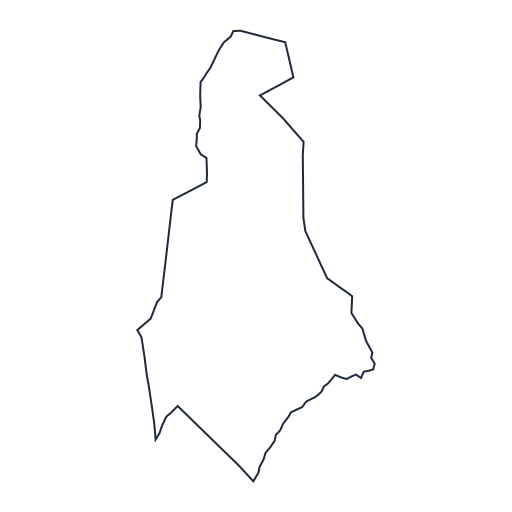 the district of Limoeiro, Pernambuco, Brazil
{"feature_id": "56859067B67992367076064", "entity_name": "Limoeiro", "entity_type": "district", "adm_level": 2, "iso_a3": "BRA", "parent_name": "Brazil", "parent_adm1": "Pernambuco", "projection": "equal_earth", "projection_center": [-35.441, -7.838], "detail": "fine", "context": "isolated", "style": "outline", "palette": "slate", "viewbox_px": 512, "rotation_deg": 0, "n_neighbors": 0, "source": "geoboundaries", "source_scale": "gbopen_adm2", "svg_char_len": 1333}
<svg xmlns="http://www.w3.org/2000/svg" viewBox="0 0 512 512"><path d="M172.8,199.8L171.4,211.0L165.3,263.8L163.6,277.6L161.3,297.1L157.0,302.2L150.7,318.6L137.3,330.0L141.5,337.4L144.5,356.9L146.9,376.1L148.5,384.0L151.7,405.5L154.3,423.9L155.6,439.6L159.5,433.2L161.9,426.1L166.3,416.6L170.5,413.2L177.7,406.0L214.2,441.6L239.1,465.8L253.3,481.3L258.4,472.7L259.7,466.5L263.4,459.9L265.6,452.7L270.0,447.6L274.7,440.7L275.8,435.0L280.2,430.3L283.2,423.5L288.1,417.3L290.9,412.4L298.1,408.9L302.1,407.2L306.1,401.7L310.8,399.2L314.9,397.2L318.3,394.7L321.7,391.4L324.0,386.3L327.6,383.8L331.4,379.5L335.1,374.8L341.2,377.5L346.7,379.0L351.6,376.4L356.0,374.6L361.0,378.0L363.7,371.7L368.4,370.8L373.1,369.5L374.7,363.7L371.2,357.8L372.3,352.5L365.9,340.6L362.4,328.6L357.9,323.3L351.4,312.9L352.2,296.3L345.7,291.4L339.7,287.3L333.2,282.5L327.1,278.2L305.3,231.0L303.4,217.6L302.8,155.1L303.6,141.8L294.7,131.7L282.9,118.2L259.9,95.4L279.8,84.8L293.4,77.3L285.2,42.2L273.4,39.3L262.0,36.4L240.3,30.7L233.3,31.1L230.8,36.5L223.8,42.4L218.8,50.2L215.2,57.7L210.5,67.6L206.5,73.3L204.0,77.4L200.6,82.0L200.3,90.6L200.2,96.6L200.7,107.1L199.3,115.4L200.2,120.9L199.9,128.0L196.9,133.7L196.7,140.6L196.1,146.0L200.8,154.4L206.5,158.0L207.0,173.8L206.7,182.1L184.4,193.8L172.8,199.8Z" fill="none" stroke="#1e293b" stroke-width="2"/></svg>